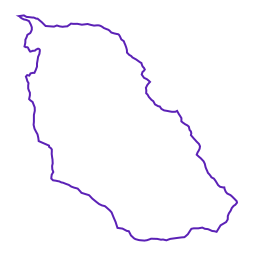 Qomoqomong, Quthing, Lesotho
{"feature_id": "5366337B91724059499872", "entity_name": "Qomoqomong", "entity_type": "district", "adm_level": 2, "iso_a3": "LSO", "parent_name": "Lesotho", "parent_adm1": "Quthing", "projection": "robinson", "projection_center": [27.812, -30.459], "detail": "fine", "context": "isolated", "style": "outline", "palette": "violet", "viewbox_px": 256, "rotation_deg": 0, "n_neighbors": 0, "source": "geoboundaries", "source_scale": "gbopen_adm2", "svg_char_len": 3837}
<svg xmlns="http://www.w3.org/2000/svg" viewBox="0 0 256 256"><path d="M216.6,231.8L220.6,225.3L224.2,223.2L226.2,222.0L226.8,220.9L227.7,219.5L227.8,217.6L227.8,216.1L228.9,213.3L230.2,211.4L230.7,210.6L231.8,208.0L233.6,205.9L235.3,204.8L236.2,203.7L237.0,202.7L236.7,201.2L235.0,199.4L232.2,196.6L230.5,195.1L228.2,194.0L227.2,193.5L225.7,191.7L224.6,189.0L224.3,187.4L222.9,187.4L220.1,186.8L218.8,185.7L218.1,185.1L217.1,183.4L215.5,180.8L213.9,178.6L211.4,177.3L210.7,176.1L209.3,174.3L207.9,172.8L207.6,172.0L207.0,170.5L206.5,169.5L205.6,167.3L204.8,163.8L203.6,161.3L200.7,158.2L199.0,156.8L196.7,154.7L197.6,152.4L198.5,151.0L199.6,148.8L200.0,146.3L199.0,144.0L196.4,141.4L195.2,140.0L193.7,138.4L193.3,137.9L190.9,135.1L191.3,133.3L190.9,131.4L189.6,129.9L188.8,126.6L187.4,125.4L185.1,124.2L184.0,123.4L183.1,122.8L181.4,121.4L181.4,118.1L180.0,115.8L178.8,114.0L177.1,110.9L175.6,111.7L174.1,111.8L172.9,111.8L171.9,111.8L169.1,111.3L167.7,111.0L166.5,110.8L164.1,110.4L161.4,108.9L159.8,106.5L158.2,106.2L155.0,104.4L153.3,101.2L151.5,99.9L148.9,97.0L147.5,94.5L146.2,93.3L146.3,90.3L145.9,87.8L146.6,86.5L147.1,85.3L148.5,83.5L150.0,81.9L149.1,81.0L146.9,79.2L144.0,77.8L141.7,74.5L142.5,72.0L144.0,70.7L144.8,69.5L143.9,67.8L142.7,66.6L142.2,65.5L141.7,64.1L141.4,63.0L140.1,62.3L138.0,60.8L136.2,59.5L132.4,57.4L131.3,56.1L129.1,54.8L128.4,54.0L127.0,52.6L126.9,50.0L126.2,47.4L125.1,44.4L124.6,43.4L123.8,41.2L121.3,39.4L119.9,36.3L118.9,34.7L118.1,34.2L116.4,33.9L114.2,33.4L111.3,32.5L109.4,30.5L108.0,29.6L106.5,29.1L103.6,27.9L102.7,27.1L100.6,25.9L99.0,25.4L97.4,25.3L94.0,25.6L92.7,25.3L91.2,25.0L89.4,24.5L87.6,24.0L85.2,24.3L83.6,24.5L81.8,24.7L78.8,24.1L77.2,23.8L75.2,23.9L73.7,23.9L72.5,23.8L71.0,23.6L69.2,25.0L68.5,25.4L67.4,26.3L63.8,26.6L62.8,26.8L59.8,26.4L56.9,25.5L54.0,26.6L52.3,26.5L45.6,26.0L41.8,22.2L37.6,18.7L36.3,18.7L35.3,18.2L33.6,17.5L32.1,17.5L28.9,17.1L26.5,16.9L23.9,15.4L19.0,16.1L19.4,16.3L20.0,16.6L20.3,17.3L21.7,18.3L23.8,19.4L26.3,19.9L29.0,21.1L29.6,22.3L30.8,24.6L31.8,27.3L31.8,29.7L31.0,31.7L30.2,33.1L27.4,34.8L26.6,37.2L25.4,39.7L25.3,42.8L24.5,46.5L24.9,46.7L25.8,47.2L26.6,47.2L27.1,47.2L27.7,47.4L28.1,47.9L28.4,48.5L28.9,49.8L29.3,50.0L29.6,50.8L29.9,51.4L30.2,51.6L31.0,51.4L31.8,51.2L32.6,50.8L33.5,50.8L34.2,50.7L34.8,50.7L35.3,50.3L35.9,49.7L36.8,49.3L37.5,48.8L38.1,48.7L38.7,48.8L39.3,49.2L39.8,49.9L39.8,50.3L39.8,51.1L39.6,52.3L39.5,53.3L39.4,53.9L38.1,56.8L37.6,60.0L37.0,63.4L37.0,66.6L35.7,70.1L34.4,72.9L32.6,72.9L30.5,73.4L29.3,75.6L27.2,75.1L25.9,76.6L26.7,78.8L27.4,81.2L28.5,83.1L28.2,85.4L28.2,88.5L28.8,90.3L29.9,92.7L29.9,95.4L29.1,99.1L30.3,100.3L32.6,102.0L34.7,107.4L34.8,110.8L33.9,114.9L33.9,118.2L33.9,121.8L33.6,124.8L34.5,128.7L36.1,131.8L37.5,134.3L38.3,137.9L38.7,141.1L49.0,145.6L49.1,146.9L50.8,148.1L51.8,149.4L51.8,151.6L51.7,154.0L52.2,157.8L52.5,159.5L52.6,161.6L52.7,163.4L52.1,166.0L52.3,169.3L53.3,172.0L52.3,173.7L51.7,174.7L51.6,175.7L51.4,176.9L51.3,178.6L53.0,180.3L55.8,180.7L58.1,181.2L59.3,181.4L61.3,182.4L63.0,182.7L65.7,183.8L68.8,184.9L71.3,186.6L74.3,187.7L75.2,187.9L77.7,188.6L80.8,192.0L81.4,192.8L85.5,194.1L88.2,194.9L89.2,195.3L92.3,198.6L93.9,199.9L96.6,202.1L99.2,204.1L100.5,204.7L101.9,205.4L104.8,206.1L106.2,207.2L109.8,210.4L111.6,212.4L113.6,217.4L115.6,222.0L116.6,225.2L117.5,227.9L122.5,228.6L126.8,230.9L128.8,231.2L130.5,234.5L130.9,235.4L132.2,236.6L134.0,238.3L135.4,239.1L138.6,240.0L139.8,240.2L143.5,240.5L144.3,240.6L147.0,240.2L149.6,239.3L151.1,238.7L157.3,238.9L161.0,239.7L163.0,239.5L166.4,240.3L170.2,238.9L177.6,237.9L181.5,237.4L184.3,237.2L185.3,236.5L187.8,234.3L190.7,229.8L191.4,228.8L193.9,228.3L196.3,228.3L198.5,228.3L202.3,227.6L204.9,228.8L207.8,229.1L209.6,229.8L210.2,230.1L212.2,231.0L214.3,231.2L215.4,231.5L216.6,231.8Z" fill="none" stroke="#5b21b6" stroke-width="2"/></svg>